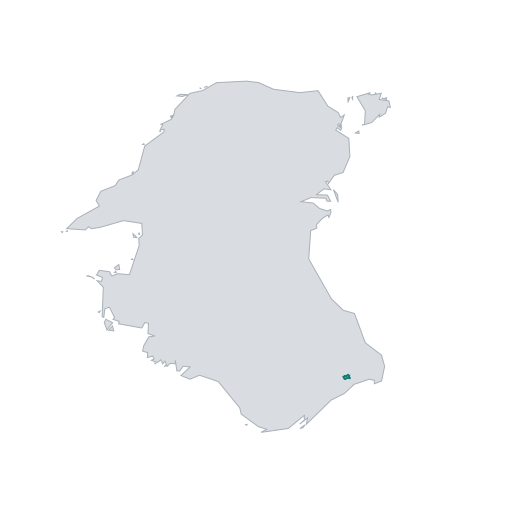 Goomalling, Western Australia, Australia (highlighted), rotated 251°
{"feature_id": "25037944B4799895230449", "entity_name": "Goomalling", "entity_type": "district", "adm_level": 2, "iso_a3": "AUS", "parent_name": "Australia", "parent_adm1": "Western Australia", "projection": "natural_earth1", "projection_center": [116.79, -31.235], "detail": "fine", "context": "in_parent", "style": "filled", "palette": "teal", "viewbox_px": 512, "rotation_deg": 251, "n_neighbors": 0, "source": "geoboundaries", "source_scale": "gbopen_adm2", "svg_char_len": 4877}
<svg xmlns="http://www.w3.org/2000/svg" viewBox="0 0 512 512"><g transform="rotate(251 256 256)"><path d="M349.7,99.0L354.2,124.1L360.6,122.9L367.7,130.4L368.4,145.8L372.5,151.1L373.0,165.4L375.8,172.8L396.2,186.6L403.3,209.3L405.7,210.5L406.3,206.4L410.7,210.6L411.5,208.5L412.7,220.0L415.2,223.5L421.0,227.1L431.3,246.5L429.8,259.5L432.8,275.1L424.3,304.3L419.2,314.8L407.9,326.9L396.2,350.6L392.1,368.5L374.3,372.7L364.9,380.4L359.5,381.1L360.6,385.4L352.8,379.0L354.1,377.6L353.7,376.0L352.2,375.9L349.1,378.7L347.2,377.0L350.9,374.4L349.1,372.4L336.9,382.0L319.5,377.2L306.6,365.5L306.8,356.3L300.9,348.0L303.6,348.3L303.7,345.8L294.2,348.3L297.4,342.1L294.3,333.1L290.3,343.4L283.4,344.4L284.7,341.0L287.9,340.9L293.4,326.9L292.7,316.3L287.4,327.4L280.2,331.6L275.3,338.3L275.7,341.7L273.0,341.2L268.7,337.5L271.5,337.4L269.9,330.9L266.0,323.5L262.5,322.5L262.2,316.0L236.1,304.9L190.7,313.4L176.2,320.9L169.6,330.4L138.4,331.1L121.3,342.4L109.8,341.7L96.9,334.0L96.7,326.2L99.9,327.5L102.6,322.8L102.7,307.0L97.3,295.0L95.3,280.1L80.5,248.8L86.2,252.1L82.8,242.6L85.2,248.2L89.6,249.9L82.4,230.4L87.6,203.4L88.7,209.8L93.7,202.8L111.4,190.5L117.6,191.2L149.6,179.4L161.7,163.7L161.0,153.4L167.4,146.1L172.6,157.5L175.5,151.1L172.1,146.6L173.1,143.8L183.6,145.7L180.3,144.6L182.5,140.1L180.7,136.2L186.3,135.6L184.3,132.7L188.9,132.2L187.4,128.0L191.5,123.1L191.7,126.0L195.0,125.7L195.3,120.2L199.9,122.1L203.0,117.8L207.9,120.8L214.5,128.4L213.2,134.4L217.8,128.6L227.3,132.4L229.3,129.2L225.1,124.6L236.6,104.0L238.8,105.3L242.6,100.2L243.9,102.3L255.4,100.7L255.2,95.8L247.5,92.1L248.8,90.8L276.3,101.5L284.4,97.6L282.3,101.6L285.7,103.9L289.9,99.0L293.5,103.1L288.9,112.3L284.1,113.1L284.2,119.8L279.5,130.2L304.0,149.0L310.8,150.9L312.8,155.5L324.0,158.6L332.6,142.2L333.8,118.3L335.3,109.3L338.2,107.2L336.2,103.1L343.5,85.9L349.7,99.0ZM344.9,401.4L357.7,406.6L373.8,403.3L373.2,417.5L372.5,415.0L370.5,418.0L369.1,427.4L363.9,423.5L359.4,432.1L352.7,431.4L354.3,429.0L348.8,425.0L347.2,417.7L349.7,419.0L344.5,408.9L344.9,401.4ZM234.6,91.0L242.6,90.9L245.0,93.5L239.6,98.7L234.6,91.0ZM280.0,351.2L293.5,350.8L287.6,353.2L280.0,351.2ZM291.1,118.4L292.6,123.5L287.6,122.7L288.5,119.0L291.1,118.4ZM430.7,244.2L430.8,238.3L433.1,233.4L433.6,237.0L430.7,244.2ZM371.2,393.0L375.5,394.3L375.4,396.2L371.2,393.0ZM233.8,92.5L236.5,97.5L231.5,97.2L233.8,92.5ZM340.8,393.9L338.3,393.4L340.0,390.0L340.8,393.9ZM317.1,146.9L314.6,148.4L312.2,149.3L313.5,146.4L317.1,146.9ZM80.5,247.4L78.5,244.6L78.4,241.9L78.7,241.8L80.5,247.4ZM374.3,398.1L375.8,399.5L372.7,398.4L374.3,398.1ZM414.4,220.8L416.2,220.8L416.0,223.4L414.4,220.8ZM373.6,165.2L375.7,166.7L375.3,167.6L373.6,165.2ZM363.2,428.6L363.1,430.9L361.5,430.2L363.2,428.6ZM432.4,261.7L432.3,264.9L432.1,264.9L432.4,261.7ZM254.8,90.7L253.5,89.3L254.4,88.6L254.8,90.7ZM291.9,91.0L289.9,93.5L292.3,89.1L291.9,91.0ZM433.0,257.8L432.0,258.9L432.7,257.7L433.0,257.8ZM293.8,137.9L292.6,138.4L293.3,137.2L293.8,137.9ZM287.1,118.3L285.8,118.5L286.6,116.9L287.1,118.3ZM100.1,190.6L99.7,192.7L99.1,192.5L100.1,190.6ZM341.2,84.7L341.1,86.4L340.6,85.2L341.2,84.7ZM352.1,376.8L352.4,377.8L351.9,377.5L352.1,376.8ZM289.4,94.3L286.7,96.0L289.5,93.8L289.4,94.3ZM187.6,125.4L186.6,126.7L187.2,125.2L187.6,125.4ZM364.3,427.0L363.4,427.4L364.0,426.6L364.3,427.0ZM315.8,153.0L314.3,153.0L315.1,151.9L315.8,153.0ZM182.2,134.7L181.4,135.4L181.4,133.8L182.2,134.7ZM371.3,422.1L370.0,422.8L370.5,421.5L371.3,422.1ZM342.2,79.9L342.0,81.1L341.2,80.5L342.2,79.9ZM351.3,378.2L352.4,379.3L350.5,379.0L351.3,378.2ZM398.8,186.5L397.8,186.6L398.3,185.2L398.8,186.5ZM405.5,206.2L405.0,206.3L405.4,205.2L405.5,206.2ZM345.6,399.7L345.2,400.6L345.0,399.5L345.6,399.7Z" fill="#d9dde1" stroke="#a8b0b8" stroke-width="1"/><path d="M113.9,304.2L113.7,304.0L113.7,303.9L113.7,303.7L113.7,303.3L113.7,303.2L113.8,303.2L113.7,303.2L113.4,302.9L113.5,302.9L113.5,302.7L113.5,302.4L113.4,302.4L113.4,302.2L113.4,301.9L113.4,301.7L113.5,301.6L113.6,301.4L113.4,301.1L113.5,301.0L113.4,301.0L113.4,300.9L113.5,300.8L113.6,300.7L113.5,300.4L113.5,300.2L113.4,300.1L113.4,299.9L113.4,299.7L113.5,299.6L113.5,299.2L113.4,299.2L113.2,299.2L113.2,299.3L112.7,299.4L112.4,299.4L112.2,299.4L112.1,299.5L111.9,299.5L111.7,299.6L111.3,299.6L111.2,299.5L110.9,299.8L110.6,299.8L110.5,300.0L110.6,300.4L110.5,300.6L110.6,300.8L110.6,301.0L110.6,301.4L110.6,301.5L110.7,301.9L110.8,302.0L110.7,302.3L110.7,302.5L110.6,303.2L110.5,303.4L110.5,303.5L110.5,303.8L110.4,303.9L110.5,304.0L110.4,304.1L110.5,304.1L110.5,304.3L110.5,304.5L110.5,304.8L110.4,304.9L110.5,304.9L110.5,305.0L110.7,304.9L110.8,304.9L111.0,304.8L111.3,304.9L111.5,304.9L111.8,304.9L111.8,305.0L111.8,304.9L111.9,305.0L112.0,304.9L112.3,304.8L112.5,305.0L112.5,304.9L112.8,304.8L113.0,304.8L113.3,304.6L113.5,304.5L113.6,304.4L113.9,304.4L113.9,304.2Z" fill="#14b8a6" stroke="#0f766e" stroke-width="1.5"/></g></svg>